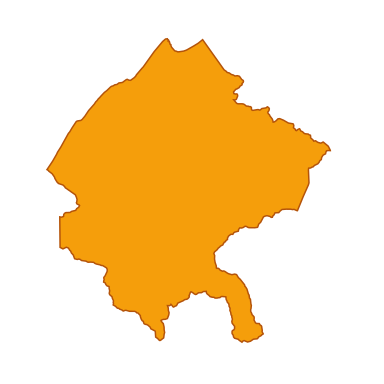 outline of Ascope, La Libertad, Peru, rotated 84°
{"feature_id": "86281439B48399127015258", "entity_name": "Ascope", "entity_type": "district", "adm_level": 2, "iso_a3": "PER", "parent_name": "Peru", "parent_adm1": "La Libertad", "projection": "albers", "projection_center": [-79.075, -7.694], "detail": "fine", "context": "isolated", "style": "filled", "palette": "amber", "viewbox_px": 384, "rotation_deg": 84, "n_neighbors": 0, "source": "geoboundaries", "source_scale": "gbopen_adm2", "svg_char_len": 6033}
<svg xmlns="http://www.w3.org/2000/svg" viewBox="0 0 384 384"><g transform="rotate(84 192 192)"><path d="M278.1,158.1L278.4,161.0L277.2,163.9L276.6,165.0L274.2,167.9L273.8,169.0L274.0,170.2L273.4,170.7L272.9,171.9L271.0,173.3L270.5,174.2L270.6,175.1L270.2,175.7L268.0,175.6L264.4,176.4L261.0,176.6L257.6,176.1L255.4,176.7L253.9,175.8L252.1,173.1L250.5,171.7L249.7,170.3L248.8,169.4L247.8,166.8L247.1,166.5L245.3,165.1L244.9,163.9L243.8,163.3L243.0,161.7L241.5,161.5L239.6,160.2L238.1,157.7L238.4,155.8L236.9,154.7L236.4,153.8L235.8,150.0L234.2,149.6L232.7,148.3L233.0,146.3L232.6,144.6L231.6,142.8L232.0,141.4L233.2,139.8L233.5,138.6L234.1,133.5L234.0,130.7L233.7,130.3L230.9,129.0L229.3,126.9L224.2,123.5L223.6,121.8L223.4,119.9L224.4,117.1L225.5,115.9L225.5,114.7L224.3,114.1L223.3,112.8L221.4,111.6L221.6,107.9L220.1,106.3L218.8,104.3L218.9,100.1L219.4,95.7L220.0,93.8L219.9,92.4L221.5,89.6L221.6,89.1L208.2,81.9L197.1,75.5L195.1,74.7L182.2,73.9L180.5,73.5L180.5,71.5L179.8,70.0L179.6,68.8L178.4,67.5L177.1,63.9L175.6,62.4L174.1,61.5L173.3,60.0L171.3,59.5L169.4,58.1L168.9,57.5L168.0,55.2L166.2,54.6L165.1,53.9L165.0,52.1L165.3,50.1L165.0,50.1L160.7,51.7L156.2,56.1L156.0,56.4L156.7,58.1L156.8,59.1L155.7,61.8L154.0,63.7L154.1,65.6L152.9,66.2L150.5,68.4L149.0,68.2L147.9,68.3L147.4,69.5L146.5,70.4L146.0,73.0L145.6,74.1L143.6,75.8L142.7,77.4L140.5,78.3L140.3,78.6L141.0,80.5L141.9,81.5L141.5,82.5L140.5,82.6L138.7,84.4L136.7,83.8L135.1,84.1L134.7,84.5L133.5,88.9L130.1,93.6L128.2,97.1L128.2,98.8L130.1,101.2L130.9,102.8L131.0,104.0L129.1,104.2L127.7,104.6L124.6,106.5L123.3,106.9L122.1,107.9L121.1,108.3L120.1,108.0L119.2,107.0L117.4,106.4L116.6,106.6L115.2,107.9L115.3,108.5L115.9,109.2L116.1,110.0L116.3,113.8L117.3,115.2L117.6,116.1L117.0,117.4L116.9,118.3L117.2,123.0L116.7,123.9L115.9,124.2L114.0,124.1L113.2,125.0L113.0,126.3L112.5,127.2L112.3,128.9L110.5,130.7L109.9,131.6L109.5,133.1L109.1,137.0L108.5,138.3L104.7,140.8L104.9,139.7L104.6,138.4L104.3,138.1L101.2,136.5L99.9,136.6L99.2,137.0L99.1,137.4L99.1,138.5L98.5,140.1L96.8,140.2L94.5,137.8L94.0,136.0L93.6,135.4L93.3,134.5L92.7,133.8L91.9,133.4L90.8,131.2L90.3,130.9L89.3,130.9L88.4,129.7L87.2,129.2L86.4,129.4L85.3,130.8L81.9,132.7L81.1,134.6L81.1,137.2L80.0,138.6L79.2,140.6L77.5,142.5L76.8,144.5L75.6,145.3L73.9,147.3L41.6,165.5L44.7,170.3L47.0,175.1L50.3,182.7L51.0,185.6L51.2,190.7L51.0,191.9L50.5,192.5L49.9,194.2L49.4,194.7L45.8,197.2L43.9,197.7L43.2,197.6L42.5,198.5L41.3,198.5L40.8,198.9L40.2,198.7L39.6,199.0L39.3,199.8L39.0,199.4L38.3,199.5L37.9,200.2L37.0,200.5L37.1,202.4L39.3,205.5L48.4,214.9L62.5,227.4L63.8,228.9L69.6,235.0L70.8,235.8L72.2,237.4L74.5,241.4L74.2,243.1L73.2,244.5L73.3,245.5L75.8,249.8L75.9,253.3L77.2,255.4L77.3,257.5L78.2,259.4L78.5,261.1L79.1,262.1L82.3,266.2L83.8,268.7L87.3,272.8L88.8,274.3L89.2,275.1L91.1,276.8L92.4,278.4L94.3,279.9L100.2,286.3L105.4,290.6L108.4,293.7L109.2,295.1L109.4,298.8L109.9,299.8L115.6,304.5L119.4,307.3L120.8,308.8L133.5,317.7L138.4,321.6L140.3,322.7L146.8,327.4L154.6,333.9L155.4,332.8L156.5,332.1L159.2,329.2L162.6,327.3L164.3,326.9L166.5,325.9L168.3,325.0L169.0,324.2L169.5,324.1L171.5,319.7L173.3,318.1L174.5,317.6L182.6,308.3L185.2,307.5L187.5,307.1L189.9,307.7L190.5,308.1L191.3,307.9L191.8,307.7L193.3,305.4L193.7,305.2L195.3,306.3L196.5,308.4L198.1,309.6L198.7,313.8L199.6,315.4L199.3,319.6L199.9,321.0L201.0,321.9L202.9,322.3L203.4,324.4L202.9,326.1L233.3,329.0L235.1,326.3L233.8,322.8L234.8,320.8L237.1,319.7L238.2,318.8L239.9,318.4L242.2,316.7L246.1,315.7L247.0,313.4L247.1,312.7L246.8,312.0L247.2,310.5L248.6,309.0L249.7,304.6L250.7,303.3L251.0,302.4L251.1,300.1L251.7,297.1L252.8,296.1L253.6,294.7L254.9,290.9L255.5,290.1L255.9,288.4L258.6,284.9L260.3,284.4L262.1,284.7L266.3,287.2L267.7,288.6L268.7,288.7L269.9,288.5L271.2,289.1L272.4,289.3L273.2,287.9L275.1,287.3L276.6,286.2L277.2,284.6L277.6,284.3L279.2,284.5L281.7,284.2L283.7,284.8L284.5,284.9L285.6,284.5L287.8,282.5L289.5,282.3L291.7,281.5L292.8,281.6L293.4,281.9L294.5,281.7L296.1,282.2L297.7,280.0L299.7,278.4L300.0,277.1L301.0,276.1L302.0,274.0L302.7,273.5L303.2,272.7L302.7,270.8L302.8,269.9L304.1,266.6L304.7,261.5L305.3,260.4L306.4,259.6L306.6,258.5L309.5,256.3L310.5,256.4L313.1,255.8L314.8,255.0L315.6,253.9L317.3,253.7L318.2,253.2L318.8,252.0L319.0,251.1L319.8,249.8L322.1,247.7L323.7,247.3L326.3,243.4L326.7,243.1L332.5,243.3L334.1,241.5L336.2,239.9L336.3,239.1L336.1,238.6L334.1,235.4L330.3,234.5L328.9,233.9L326.1,234.1L323.4,233.9L319.9,234.3L317.9,235.7L316.7,236.3L316.3,236.0L315.7,233.9L315.8,231.8L315.3,229.8L314.9,229.5L311.9,228.0L309.7,227.4L307.2,227.9L304.9,227.7L302.4,228.3L302.7,226.2L302.2,225.2L301.5,224.7L303.1,223.5L304.0,223.1L304.5,222.3L303.7,220.5L303.4,219.3L301.0,217.7L299.1,211.8L298.3,210.7L298.1,208.2L297.5,207.1L296.4,205.9L295.3,205.6L294.5,205.7L294.3,205.4L291.6,204.1L291.3,203.8L291.2,203.2L292.7,201.2L293.5,200.5L294.3,199.2L294.2,198.3L292.9,196.1L293.1,193.0L292.2,191.2L292.3,188.2L293.8,188.2L295.1,187.5L296.4,186.1L298.1,184.8L298.2,184.0L298.7,183.2L299.0,181.2L299.9,180.2L300.1,178.2L299.9,176.4L300.0,175.4L299.3,174.4L299.0,173.2L299.8,169.3L302.8,169.2L303.3,168.8L305.3,168.4L306.9,167.2L308.3,167.0L309.4,167.1L311.7,166.3L313.8,166.7L315.7,166.1L318.3,166.0L319.1,165.4L320.6,165.5L322.6,165.1L324.8,165.9L326.6,165.8L330.1,163.7L332.4,164.0L333.4,164.7L334.1,166.3L334.8,166.7L336.3,166.9L337.1,166.9L338.7,166.0L340.6,165.8L341.9,164.9L343.3,161.4L344.5,160.5L346.6,158.0L345.5,156.8L345.2,155.7L347.0,152.4L346.5,149.4L344.8,146.3L344.8,142.5L344.4,141.9L343.0,140.7L342.3,138.8L341.9,138.0L341.4,137.8L340.9,136.4L340.5,136.0L338.3,136.9L336.9,136.6L332.8,136.8L332.1,137.2L331.3,138.2L329.9,138.8L329.4,141.8L328.6,142.6L325.8,143.7L323.7,143.3L322.5,143.4L320.1,145.2L319.0,145.3L317.0,146.1L314.9,145.9L314.1,145.5L310.8,144.8L309.9,145.1L304.7,145.1L303.6,145.9L300.5,146.0L299.2,146.6L294.3,147.5L292.2,148.5L291.3,149.3L290.2,149.3L289.5,149.6L283.8,153.2L282.0,154.8L278.8,156.3L278.1,158.1Z" fill="#f59e0b" stroke="#b45309" stroke-width="1.5"/></g></svg>